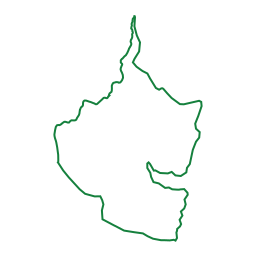 outline of Faro, Nord, Cameroon
{"feature_id": "32672807B99512491314233", "entity_name": "Faro", "entity_type": "district", "adm_level": 2, "iso_a3": "CMR", "parent_name": "Cameroon", "parent_adm1": "Nord", "projection": "natural_earth1", "projection_center": [12.816, 8.422], "detail": "fine", "context": "isolated", "style": "outline", "palette": "green", "viewbox_px": 256, "rotation_deg": 0, "n_neighbors": 0, "source": "geoboundaries", "source_scale": "gbopen_adm2", "svg_char_len": 2771}
<svg xmlns="http://www.w3.org/2000/svg" viewBox="0 0 256 256"><path d="M175.5,240.6L177.0,238.0L176.4,232.5L177.0,230.9L177.2,228.9L180.0,226.4L181.1,224.1L179.6,219.8L182.4,215.6L180.9,211.5L184.2,208.5L185.7,204.4L184.5,199.5L187.7,194.8L187.5,192.8L184.2,189.1L180.2,189.4L179.0,189.7L176.5,189.6L172.2,189.3L168.9,187.5L165.1,187.9L158.8,183.4L153.5,182.1L151.1,176.9L150.3,172.8L147.3,168.0L147.3,163.5L148.6,162.4L150.1,164.1L153.8,170.6L155.4,170.4L160.1,173.0L167.9,173.4L171.7,171.9L175.4,175.4L180.8,176.0L186.3,172.4L187.0,167.8L189.8,164.1L192.8,149.9L196.0,141.7L199.2,137.6L199.7,132.1L196.0,128.7L195.2,123.7L197.0,119.1L198.3,115.9L201.6,106.1L201.2,101.9L199.1,100.8L183.8,104.3L179.9,104.1L171.6,98.0L167.1,93.2L163.3,88.8L162.4,88.3L161.3,88.4L159.1,89.7L155.9,88.0L150.0,78.4L147.4,73.5L142.5,71.0L138.3,68.0L136.5,66.7L132.9,62.4L134.2,59.5L134.6,58.7L139.1,51.5L140.0,42.4L136.8,35.4L134.4,26.3L135.0,17.1L134.3,15.4L134.2,17.2L132.8,18.8L132.6,20.1L132.5,20.7L132.6,21.0L132.5,21.6L131.8,23.3L131.6,24.1L131.9,25.3L131.4,27.1L131.2,28.4L131.4,28.8L132.1,29.4L132.4,30.4L132.3,31.1L132.8,32.1L132.8,33.0L132.3,33.8L132.1,34.6L132.3,35.9L132.2,37.3L131.7,38.7L130.9,40.0L130.6,41.8L131.1,42.9L131.3,43.8L131.2,44.7L130.8,45.6L129.0,48.7L128.5,50.2L127.8,51.7L127.4,52.7L125.9,55.2L124.4,56.4L122.4,58.7L121.9,58.9L120.8,60.3L120.8,62.5L121.7,63.5L122.1,63.9L122.2,64.7L121.6,65.9L120.8,68.1L120.6,69.2L120.8,70.1L121.3,71.5L121.8,72.3L122.8,75.0L123.0,77.4L123.0,77.8L122.1,80.1L120.9,81.8L120.1,82.5L118.8,82.7L118.2,82.3L116.8,82.1L115.6,82.2L114.9,82.5L114.3,82.6L113.6,82.8L112.9,83.3L112.2,84.7L111.8,85.8L111.9,88.3L111.8,90.5L111.5,91.8L109.6,93.4L109.3,94.0L108.6,96.1L108.8,96.1L108.0,96.9L107.8,97.5L107.1,98.1L106.2,98.1L104.9,97.7L103.6,97.9L101.8,99.7L98.5,102.7L97.2,103.9L96.6,104.2L95.6,104.2L94.5,103.5L93.3,103.1L90.6,102.0L89.4,101.7L86.2,100.6L84.9,100.5L84.4,100.6L83.6,101.3L83.2,102.1L83.1,102.6L83.0,103.6L83.0,104.9L82.7,105.8L82.2,106.5L81.8,106.6L81.1,107.3L80.5,108.4L80.0,110.0L79.9,110.0L79.6,112.0L79.4,113.6L78.9,115.1L77.0,118.0L76.3,119.6L75.5,120.2L74.6,120.4L73.0,120.4L71.7,120.3L71.1,120.5L70.0,121.3L69.4,122.1L69.0,122.5L67.7,122.5L65.5,121.8L64.3,121.8L63.4,122.4L61.5,123.8L61.5,124.0L60.8,124.5L59.6,125.1L58.5,125.0L57.1,125.2L56.5,125.9L55.8,127.0L55.1,130.1L54.4,134.4L54.5,135.9L54.7,136.9L55.0,138.2L55.9,140.9L56.3,142.5L57.2,147.4L58.2,154.9L58.3,160.1L58.2,162.4L58.0,162.5L63.2,170.5L68.8,177.4L78.7,188.2L79.6,189.2L85.1,193.8L94.6,196.4L100.3,196.3L102.2,200.2L103.4,204.4L101.9,210.4L102.5,219.3L114.6,225.7L115.3,226.0L124.1,230.6L134.2,232.2L142.9,233.4L147.6,236.2L153.0,238.7L161.0,240.2L164.3,240.2L169.7,240.4L173.8,239.8L175.5,240.6Z" fill="none" stroke="#15803d" stroke-width="2"/></svg>